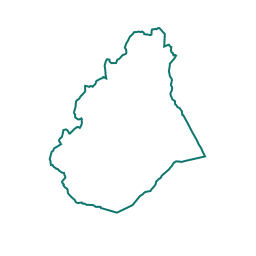 the district of Santa María Yavesía, Oaxaca, Mexico, rotated 51°
{"feature_id": "50627088B32377939266128", "entity_name": "Santa María Yavesía", "entity_type": "district", "adm_level": 2, "iso_a3": "MEX", "parent_name": "Mexico", "parent_adm1": "Oaxaca", "projection": "mercator", "projection_center": [-96.422, 17.203], "detail": "fine", "context": "isolated", "style": "outline", "palette": "teal", "viewbox_px": 256, "rotation_deg": 51, "n_neighbors": 0, "source": "geoboundaries", "source_scale": "gbopen_adm2", "svg_char_len": 3412}
<svg xmlns="http://www.w3.org/2000/svg" viewBox="0 0 256 256"><g transform="rotate(51 128 128)"><path d="M198.6,86.0L193.5,84.9L189.9,83.9L185.6,83.4L179.9,82.0L171.2,80.6L162.9,78.8L152.8,77.0L152.0,77.6L148.9,75.6L144.8,75.4L143.0,76.4L140.6,76.1L139.3,76.4L138.9,76.2L137.2,75.0L136.6,74.6L133.9,75.4L133.4,75.5L131.9,75.0L130.6,74.5L128.8,74.0L127.7,73.0L126.3,70.2L124.7,68.5L123.8,68.0L122.7,67.8L122.0,67.9L121.2,67.3L120.7,66.3L119.6,65.3L118.8,64.1L117.5,63.2L114.5,62.9L113.6,62.6L111.5,61.4L109.6,60.5L105.4,55.8L104.4,55.1L103.3,48.8L103.3,48.7L102.0,45.1L101.0,45.3L100.3,46.2L100.1,46.9L98.2,46.0L96.7,46.6L95.8,46.0L94.8,46.0L92.6,43.6L92.4,43.4L91.8,43.8L91.0,43.9L90.4,43.9L89.6,43.8L89.2,43.7L88.7,44.3L87.5,48.6L78.2,40.3L70.2,40.7L69.7,41.2L69.3,41.7L69.2,43.6L68.0,44.6L67.9,45.3L66.6,47.1L67.0,48.0L68.0,49.1L68.4,49.5L69.0,49.9L69.6,50.5L70.1,50.9L70.0,51.9L69.7,52.4L67.4,54.1L67.1,54.7L65.2,56.3L64.5,56.0L64.0,55.8L63.2,55.9L62.4,56.2L61.9,56.3L61.6,57.6L59.8,59.0L58.9,60.9L57.4,62.8L58.0,65.6L58.1,67.4L58.2,68.9L58.8,70.3L59.5,71.7L60.3,73.6L61.0,75.6L61.6,76.8L62.7,78.6L63.6,79.9L65.5,80.1L67.4,81.0L68.9,82.4L68.7,84.5L67.9,86.2L68.6,90.0L68.7,91.8L68.2,93.2L69.1,94.8L70.0,96.4L68.9,97.8L67.1,100.1L64.8,100.5L63.2,99.4L61.4,100.9L61.8,102.7L64.9,107.0L67.6,108.5L69.4,109.7L70.6,110.5L71.9,111.5L73.0,112.1L74.6,113.0L75.8,113.7L74.3,114.4L73.3,114.6L72.8,115.1L73.2,115.8L72.5,118.3L71.7,122.3L71.7,123.4L72.9,124.9L73.4,126.3L73.5,128.2L73.7,129.5L72.2,130.2L71.7,131.0L71.8,132.1L69.9,133.4L68.3,134.7L69.0,135.5L69.9,136.2L70.8,136.8L72.1,137.7L72.8,139.1L72.9,140.2L73.4,142.7L73.5,144.7L74.1,146.4L74.6,147.7L74.3,150.3L74.7,151.7L77.1,154.1L78.2,155.0L79.5,156.9L81.6,159.8L82.6,160.5L84.4,160.7L85.4,161.7L86.8,162.3L90.1,161.3L90.6,160.4L91.1,159.0L91.2,158.2L92.3,158.4L93.3,159.5L95.0,160.6L96.4,162.4L97.6,165.4L95.9,166.1L95.3,166.8L95.1,169.4L95.1,171.0L95.4,173.1L95.5,175.0L95.8,176.6L95.3,177.1L93.6,176.8L91.9,176.5L90.0,177.1L89.0,179.5L90.2,180.9L91.8,182.9L92.6,184.0L93.4,185.1L93.3,187.3L93.8,188.7L94.8,189.8L96.9,189.9L98.5,190.3L98.1,192.7L97.9,195.0L97.3,197.9L98.0,199.5L98.6,200.4L98.5,202.3L99.7,204.1L100.8,205.6L101.9,206.9L102.4,207.9L103.4,208.7L104.6,208.9L106.4,210.1L108.2,211.1L108.7,210.3L110.0,209.8L110.5,210.2L112.4,210.0L113.3,209.4L114.4,209.5L115.9,208.3L117.5,208.4L121.2,207.4L122.6,206.0L123.6,206.6L124.9,207.0L126.3,207.3L127.1,208.0L127.4,209.1L127.6,210.6L128.1,212.8L128.7,213.5L131.4,213.4L131.7,214.2L133.9,214.3L134.3,214.3L136.2,213.8L136.8,213.7L137.3,213.6L137.6,213.7L137.9,213.7L138.6,214.3L140.4,215.4L140.8,215.6L141.1,215.7L142.1,215.7L142.7,215.7L147.1,215.3L150.1,214.7L150.3,214.7L150.8,214.8L152.5,215.1L152.8,215.2L153.3,215.0L153.7,214.8L154.7,214.2L155.1,213.7L155.3,213.5L155.8,212.4L156.7,211.0L156.9,210.9L157.0,210.8L157.5,211.0L158.3,210.8L158.5,210.6L158.7,210.4L158.8,210.2L159.0,209.7L159.4,209.4L161.8,208.4L165.3,204.2L167.3,203.0L168.2,202.9L168.7,202.8L169.5,202.2L170.1,201.1L171.2,200.1L171.6,199.4L171.9,199.0L173.2,199.4L186.8,189.9L190.8,173.1L188.4,161.4L188.4,161.1L188.8,158.2L188.5,156.2L188.7,154.6L191.1,150.2L190.5,148.6L190.0,145.4L189.5,142.8L188.5,141.2L187.4,139.9L187.0,135.9L187.4,134.3L186.3,131.7L186.0,122.5L185.2,119.1L185.2,118.2L183.8,114.2L184.0,113.8L184.2,111.6L186.7,108.9L188.0,107.9L189.3,104.9L198.6,86.0Z" fill="none" stroke="#0f766e" stroke-width="2"/></g></svg>